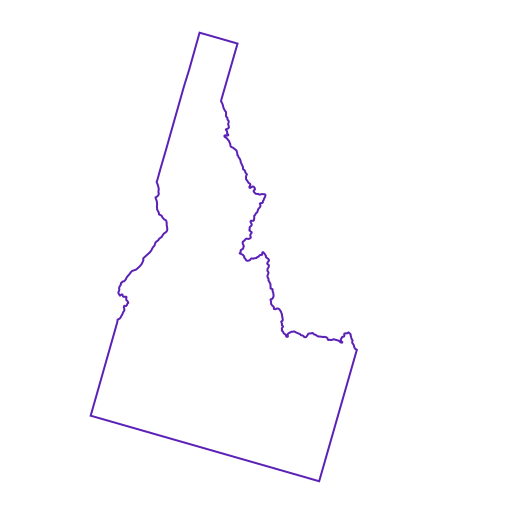 SVG path tracing the border of Idaho, rotated 16°
{"feature_id": "USA-3518", "entity_name": "Idaho", "entity_type": "State", "adm_level": 1, "iso_a3": "USA", "parent_name": "United States of America", "parent_adm1": "", "projection": "mercator", "projection_center": [-114.383, 45.496], "detail": "fine", "context": "isolated", "style": "outline", "palette": "violet", "viewbox_px": 512, "rotation_deg": 16, "n_neighbors": 0, "source": "natural_earth", "source_scale": "10m", "svg_char_len": 6161}
<svg xmlns="http://www.w3.org/2000/svg" viewBox="0 0 512 512"><g transform="rotate(16 256 256)"><path d="M140.2,56.9L179.7,56.9L179.6,116.3L180.1,117.3L181.0,118.1L182.2,119.6L184.1,122.8L186.1,124.9L187.4,125.8L187.8,126.7L188.5,129.5L188.7,129.8L189.0,130.2L190.4,131.1L190.9,132.5L191.1,132.8L192.3,133.6L192.8,134.4L192.9,135.2L192.8,136.7L193.0,137.1L194.1,138.9L194.5,140.0L194.0,141.2L192.4,142.4L192.2,142.6L192.2,142.9L193.9,144.3L194.2,144.9L194.4,146.2L195.8,147.0L196.0,147.4L195.7,147.9L195.2,148.2L193.0,148.5L192.6,149.0L192.5,149.3L192.6,149.6L192.9,149.9L193.5,150.3L195.1,150.7L198.1,152.7L199.7,154.6L200.4,155.6L201.1,157.2L201.6,157.7L202.2,158.0L204.2,158.3L207.8,159.8L208.2,160.0L208.9,161.1L209.9,162.9L210.3,164.1L211.2,164.7L212.2,166.0L213.8,167.2L214.9,168.7L215.5,170.1L219.0,174.1L219.4,175.7L219.9,176.2L221.5,176.8L223.1,178.9L224.7,180.0L224.7,180.3L224.5,181.7L224.6,182.7L224.9,183.9L225.2,184.8L225.8,185.3L227.0,186.2L228.5,187.6L230.3,188.2L230.8,188.7L230.9,189.5L230.6,191.6L231.0,192.1L231.4,192.2L231.9,192.0L232.8,190.8L233.7,190.1L234.3,190.0L234.9,190.2L235.9,190.9L236.5,191.8L236.6,192.3L236.5,192.6L235.8,193.6L235.8,193.9L235.9,194.5L236.7,195.2L237.6,195.8L238.7,196.2L239.8,196.1L241.0,195.7L241.9,196.0L242.6,196.0L244.2,195.0L247.0,194.3L247.6,194.3L248.2,194.7L248.4,195.4L248.4,196.8L247.9,198.8L248.0,199.7L248.0,200.0L247.6,200.8L247.5,201.4L247.8,202.5L247.7,202.8L247.4,203.3L245.6,204.1L245.3,204.6L246.4,206.3L246.5,207.3L246.3,208.0L245.4,210.0L245.2,210.7L245.1,211.4L245.2,212.8L245.1,213.5L244.2,215.0L244.0,215.6L243.9,216.6L243.2,217.9L243.8,219.8L244.1,221.8L244.0,222.4L243.7,222.9L243.5,223.0L241.6,223.4L241.4,223.7L241.2,224.2L241.5,224.9L243.0,226.6L243.3,227.2L243.2,228.1L242.2,229.6L242.0,230.2L242.2,231.0L242.5,231.6L242.6,232.0L242.4,232.7L242.5,233.0L242.9,233.4L245.2,234.3L245.4,235.0L244.8,236.5L244.7,237.5L244.9,238.0L245.8,239.4L245.9,239.8L245.6,240.4L244.5,241.5L243.9,241.7L242.2,241.9L241.6,242.3L240.2,245.0L239.4,245.8L239.4,246.5L239.7,247.1L240.0,248.1L241.3,249.5L241.6,249.9L241.6,250.3L241.4,250.8L241.6,251.7L241.5,252.6L240.7,253.5L239.8,254.5L239.7,254.8L239.8,255.1L240.2,256.3L240.0,256.9L239.6,257.6L239.6,257.8L239.7,258.0L241.1,258.1L243.3,258.6L244.7,259.6L244.9,259.9L245.0,260.6L245.3,260.9L247.0,262.0L247.4,262.6L247.7,262.8L249.0,263.0L249.4,262.9L251.1,261.9L251.9,260.1L252.4,259.5L253.0,259.4L254.0,259.4L255.2,258.6L257.0,257.8L257.5,256.7L258.6,255.9L259.4,254.2L259.8,253.9L261.4,253.2L261.4,252.6L261.2,251.7L261.2,251.1L261.3,250.6L261.7,250.4L263.0,251.0L265.4,253.0L265.6,253.5L265.7,254.1L266.0,254.4L268.5,255.4L269.1,255.8L269.5,256.2L269.7,256.9L269.7,257.2L269.1,258.2L269.0,258.9L268.8,260.0L269.0,260.3L269.3,260.6L270.6,261.1L271.0,261.5L271.1,261.9L271.2,263.3L271.1,263.9L270.7,264.8L270.7,265.5L270.9,266.7L271.1,267.1L272.2,268.0L272.7,268.8L272.5,271.9L272.7,272.8L274.4,274.6L274.6,275.8L274.8,276.1L277.5,278.8L277.8,279.5L278.1,280.7L278.6,281.7L278.8,282.9L279.3,283.3L280.7,283.3L281.0,283.4L281.3,283.8L281.6,285.1L282.9,286.9L283.7,289.0L284.0,290.3L283.6,292.3L283.1,293.0L282.2,293.5L282.0,294.0L283.1,295.9L283.8,298.0L284.7,298.8L286.6,299.7L287.4,300.4L287.6,301.6L287.8,301.8L288.2,302.0L289.3,301.8L290.6,300.7L291.2,300.5L291.9,300.5L292.8,300.7L293.8,301.3L295.5,302.8L296.2,304.0L297.1,305.0L297.5,306.4L298.2,307.3L298.5,308.4L299.3,309.8L299.4,310.7L298.6,311.7L298.4,312.2L298.6,312.7L299.7,313.9L299.8,314.5L299.8,315.1L300.0,315.4L301.0,316.0L301.3,316.2L301.4,316.6L300.8,318.4L301.2,319.4L301.3,320.3L301.5,320.6L302.8,321.3L303.9,322.6L306.2,323.5L307.3,325.0L307.6,325.2L307.9,325.2L308.6,324.9L308.8,324.6L308.8,324.3L308.0,322.8L308.0,322.5L308.2,321.9L308.5,321.4L311.0,319.0L312.2,318.7L313.1,318.1L313.9,318.0L315.2,318.4L320.1,319.0L320.9,319.7L322.9,319.6L323.6,319.8L324.7,320.6L325.4,320.6L326.1,320.4L326.6,319.9L327.3,318.1L327.6,316.7L327.9,316.2L328.6,315.8L330.5,315.1L331.3,314.5L331.7,314.5L332.3,314.7L333.2,315.3L335.2,315.4L337.7,316.2L341.5,315.5L342.2,315.5L342.9,315.4L343.8,314.9L344.5,314.8L346.2,314.8L347.3,315.3L347.5,315.6L348.1,316.5L348.6,316.8L349.0,316.7L350.1,316.2L351.6,316.0L353.7,314.6L354.2,314.6L358.6,314.6L359.1,314.7L361.0,315.7L362.5,315.6L362.7,315.4L362.6,314.9L361.2,314.3L360.9,314.0L360.8,313.6L360.6,312.4L360.7,311.7L361.1,310.9L361.1,310.3L361.4,309.8L362.5,309.4L362.8,309.0L362.9,308.0L362.3,306.9L362.4,306.3L363.3,305.6L365.0,305.2L365.9,304.0L366.7,304.2L368.6,305.3L368.9,306.3L370.5,308.9L370.9,309.6L372.0,310.4L372.1,310.8L372.2,312.3L372.5,313.0L374.0,314.2L374.6,314.8L375.2,316.0L376.4,317.5L377.0,317.9L378.8,318.4L378.8,455.1L141.1,455.1L140.9,358.0L140.8,356.9L140.5,355.6L141.1,354.7L142.0,354.0L142.4,353.3L142.9,352.0L143.1,350.7L143.6,348.9L143.8,346.6L144.3,345.2L144.4,344.6L144.1,343.4L143.0,341.5L143.0,340.6L143.4,340.1L144.5,340.0L144.9,339.8L145.2,339.3L145.4,338.6L145.5,337.4L146.1,336.3L145.9,335.8L145.1,335.0L143.5,334.0L143.3,333.7L143.0,333.0L142.9,331.7L142.8,331.2L142.3,331.0L140.0,331.7L139.2,331.5L138.3,330.0L137.8,329.9L137.3,330.1L136.2,331.5L134.6,330.3L134.0,329.6L133.7,328.6L134.0,326.7L133.9,326.0L133.3,324.8L133.2,324.2L133.3,322.9L134.0,320.8L133.6,319.3L134.4,318.3L134.6,317.6L134.9,317.3L135.8,316.9L136.4,316.2L136.9,315.3L137.3,314.2L137.6,312.1L138.1,310.9L139.1,308.9L140.2,306.1L140.6,305.2L141.3,304.3L143.7,302.7L144.5,302.1L145.0,301.4L147.2,297.8L148.1,295.8L148.4,294.8L148.8,292.1L148.9,291.0L148.4,290.1L148.3,289.4L148.5,288.9L153.0,281.7L153.8,279.5L154.5,276.1L155.5,274.2L155.6,271.8L155.7,270.6L156.3,269.6L157.6,268.0L158.2,266.1L160.1,263.6L160.5,261.9L161.2,259.9L162.6,258.2L163.2,257.3L163.5,256.2L163.4,255.0L163.1,253.9L161.7,251.1L161.0,248.8L160.5,247.6L160.0,247.0L159.4,246.5L157.7,246.1L155.4,244.7L154.2,243.3L151.3,242.7L150.6,241.1L148.2,238.6L147.0,235.4L146.7,233.6L145.6,230.8L143.5,228.0L143.3,227.4L144.5,226.1L145.0,225.3L145.4,224.1L145.4,222.9L144.5,221.3L144.1,218.5L143.5,217.3L142.2,215.0L140.3,212.5L140.0,211.6L140.2,210.6L140.2,209.0L140.1,198.6L140.2,179.0L140.0,113.3L140.4,95.1L140.2,56.9Z" fill="none" stroke="#5b21b6" stroke-width="2"/></g></svg>